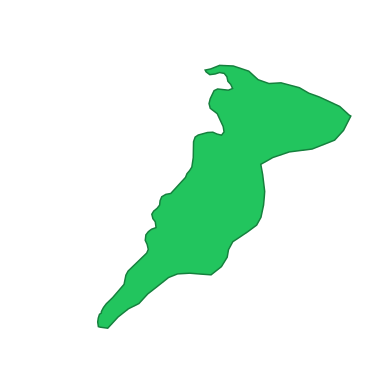 Jaerong, Hwanghae-namdo, North Korea (Natural Earth projection), rotated 222°
{"feature_id": "82179303B97817957609730", "entity_name": "Jaerong", "entity_type": "district", "adm_level": 2, "iso_a3": "PRK", "parent_name": "North Korea", "parent_adm1": "Hwanghae-namdo", "projection": "natural_earth1", "projection_center": [125.668, 38.438], "detail": "fine", "context": "isolated", "style": "filled", "palette": "green", "viewbox_px": 384, "rotation_deg": 222, "n_neighbors": 0, "source": "geoboundaries", "source_scale": "gbopen_adm2", "svg_char_len": 1434}
<svg xmlns="http://www.w3.org/2000/svg" viewBox="0 0 384 384"><g transform="rotate(222 192 192)"><path d="M135.2,237.0L138.4,241.1L151.0,252.1L159.4,258.6L155.0,271.7L146.5,286.9L131.5,304.3L120.7,326.0L120.6,339.1L124.8,354.7L126.8,354.3L139.5,354.4L160.7,347.9L171.3,343.6L181.9,341.4L198.9,332.7L207.4,324.1L218.0,319.7L230.7,319.8L245.6,313.3L256.2,304.6L260.5,295.9L263.8,291.4L261.9,290.7L257.3,291.1L253.8,295.2L251.5,299.2L247.4,301.7L243.2,301.0L239.4,298.3L235.3,297.9L231.1,296.1L233.1,292.0L241.9,285.7L243.4,282.1L240.9,273.6L238.5,269.1L234.4,266.4L225.7,267.1L212.6,261.5L208.4,258.1L208.1,254.0L212.2,251.8L216.5,250.4L220.3,246.6L225.5,238.5L226.4,234.9L224.5,230.4L214.0,218.3L208.8,210.4L208.1,206.4L208.0,202.3L206.6,198.5L206.8,176.7L209.9,172.7L211.3,168.2L209.9,164.2L207.3,160.6L207.0,156.5L207.7,152.2L207.4,150.7L207.0,148.6L203.2,146.0L199.4,145.3L194.9,141.5L197.2,137.2L197.9,133.4L197.6,129.3L194.4,124.8L190.2,123.0L186.1,120.1L184.8,116.3L186.6,90.5L185.5,86.0L180.7,77.9L180.3,60.4L180.9,51.6L180.5,47.1L179.4,42.6L178.4,41.4L178.9,39.2L177.3,35.6L175.1,32.3L171.5,29.3L169.8,30.1L163.5,34.4L163.4,41.0L163.3,49.7L161.1,62.7L156.8,73.6L156.7,86.6L156.3,88.8L154.4,99.7L152.2,112.8L147.9,121.5L139.4,130.1L130.9,136.6L122.4,143.2L120.2,156.2L122.2,167.1L126.3,173.6L128.4,182.3L124.0,199.7L121.8,210.6L123.8,219.3L130.1,230.2L135.2,237.0Z" fill="#22c55e" stroke="#15803d" stroke-width="1.5"/></g></svg>